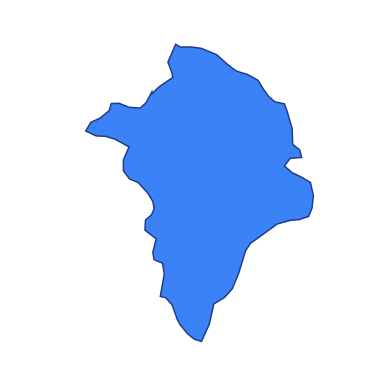 Okcheon-gun, North Chungcheong, South Korea, rotated 107°
{"feature_id": "91817680B1659695850463", "entity_name": "Okcheon-gun", "entity_type": "district", "adm_level": 2, "iso_a3": "KOR", "parent_name": "South Korea", "parent_adm1": "North Chungcheong", "projection": "mercator", "projection_center": [127.662, 36.302], "detail": "fine", "context": "isolated", "style": "filled", "palette": "blue", "viewbox_px": 384, "rotation_deg": 107, "n_neighbors": 0, "source": "geoboundaries", "source_scale": "gbopen_adm2", "svg_char_len": 1141}
<svg xmlns="http://www.w3.org/2000/svg" viewBox="0 0 384 384"><g transform="rotate(107 192 192)"><path d="M332.1,139.2L313.2,136.8L292.6,138.4L283.5,130.2L272.8,125.2L256.3,123.6L232.4,123.6L224.1,121.1L211.0,111.2L197.8,101.3L190.4,89.8L187.1,81.5L181.3,73.3L172.2,72.5L159.9,74.9L148.3,81.5L145.8,91.4L144.2,102.1L140.1,111.2L131.0,107.9L126.9,97.2L120.3,101.3L117.0,109.6L103.0,114.5L102.5,114.5L87.3,124.4L80.7,129.4L81.5,139.2L78.2,146.7L72.5,154.1L65.9,161.5L63.4,173.0L63.4,184.6L61.8,189.5L59.3,196.1L53.5,208.5L51.9,225.0L53.5,234.9L56.8,245.6L55.5,250.8L74.9,253.0L83.2,246.4L88.1,243.9L100.5,253.8L104.6,256.3L109.6,258.8L107.9,259.6L120.3,262.1L126.9,266.2L129.4,276.9L128.5,287.6L131.0,295.0L138.4,295.0L148.3,301.6L154.9,309.1L164.8,311.5L166.4,300.0L164.0,290.9L164.0,281.0L167.3,265.4L181.3,267.0L192.0,263.7L197.8,255.5L198.6,246.4L206.0,234.0L212.6,226.6L219.2,223.3L225.8,224.1L232.4,228.3L242.3,225.8L247.2,212.6L261.2,211.8L267.8,208.5L268.7,199.4L278.6,194.5L301.1,191.8L300.8,186.2L305.8,178.0L318.1,168.9L322.2,164.8L328.8,154.9L332.1,146.7L332.1,139.2Z" fill="#3b82f6" stroke="#1e3a8a" stroke-width="1.5"/></g></svg>